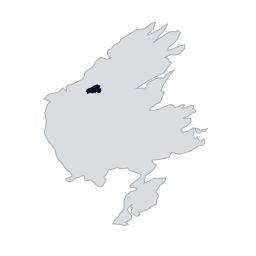 Clonmel Lea-6, South Tipperary, Ireland (highlighted), rotated 161°
{"feature_id": "5873133B92234253465118", "entity_name": "Clonmel Lea-6", "entity_type": "district", "adm_level": 2, "iso_a3": "IRL", "parent_name": "Ireland", "parent_adm1": "South Tipperary", "projection": "robinson", "projection_center": [-7.699, 52.42], "detail": "fine", "context": "in_parent", "style": "filled", "palette": "ink", "viewbox_px": 256, "rotation_deg": 161, "n_neighbors": 0, "source": "geoboundaries", "source_scale": "gbopen_adm2", "svg_char_len": 6048}
<svg xmlns="http://www.w3.org/2000/svg" viewBox="0 0 256 256"><g transform="rotate(161 128 128)"><path d="M164.5,49.2L158.8,52.2L157.9,53.3L156.3,57.9L156.1,59.2L152.5,64.3L150.5,65.4L147.4,66.2L145.7,67.0L143.5,66.6L140.8,66.7L139.4,67.6L139.5,68.3L140.3,69.1L145.4,71.5L145.1,72.5L143.7,73.6L134.5,76.4L131.8,78.0L130.9,79.1L131.8,81.0L139.1,86.5L140.3,87.1L141.4,90.3L147.8,91.7L150.5,93.7L152.8,94.2L157.7,94.0L159.7,94.8L160.8,94.2L161.4,93.1L166.9,89.2L165.2,86.3L170.8,81.3L172.3,81.3L174.9,82.9L177.1,85.0L177.8,87.8L179.8,90.4L181.1,91.3L184.7,91.8L185.5,92.8L184.9,96.5L185.5,97.7L194.5,97.6L198.1,96.0L201.2,96.3L202.8,98.0L203.5,99.7L200.8,100.3L198.0,99.9L196.6,101.1L196.5,103.2L197.5,106.0L199.4,108.0L201.0,112.4L202.3,117.4L204.2,120.3L204.7,124.0L204.4,125.9L204.8,129.1L204.0,130.3L204.6,133.3L208.0,143.2L208.7,150.9L207.1,153.8L205.0,156.6L203.6,159.8L202.5,163.4L201.9,169.0L197.2,175.7L195.2,177.3L192.9,178.3L198.0,183.0L193.9,185.0L189.3,185.7L184.2,184.5L181.1,184.7L177.1,187.1L176.2,186.6L174.3,182.8L172.9,186.8L170.0,188.0L165.0,187.7L156.7,188.8L153.5,189.9L152.1,191.7L151.2,193.7L149.9,194.9L148.4,195.5L141.9,197.0L140.7,197.6L137.7,200.9L133.8,202.8L130.5,203.3L127.6,201.4L126.5,200.3L125.1,199.7L120.7,199.8L122.1,200.4L123.0,201.7L123.4,204.3L122.9,206.8L120.7,208.1L118.1,208.4L114.0,211.0L108.5,211.7L105.6,214.1L87.5,218.2L86.5,218.2L84.0,217.2L81.4,216.7L78.7,217.0L71.1,219.3L67.4,218.9L72.2,213.2L78.5,210.4L79.1,209.6L77.1,209.2L65.2,211.2L61.0,212.9L56.9,213.4L58.8,210.8L64.2,207.2L68.8,204.9L70.8,202.8L76.5,200.5L58.4,205.3L53.6,204.7L52.5,203.4L48.8,204.0L47.5,200.7L53.0,195.8L56.2,193.6L60.0,192.5L63.7,190.8L65.1,188.8L63.4,188.1L52.5,188.7L47.3,188.2L47.6,186.6L48.6,184.8L54.0,181.8L56.9,181.3L59.5,181.6L64.1,183.4L70.3,182.8L67.7,180.9L67.3,176.9L65.4,175.6L67.9,173.7L70.8,172.6L75.6,168.8L77.3,168.3L86.8,167.3L96.9,165.3L107.0,162.6L101.9,161.1L99.4,159.0L95.4,163.1L92.5,164.7L84.4,165.5L81.9,165.1L78.3,163.8L77.2,164.3L76.1,165.3L70.7,167.3L65.1,167.8L71.7,164.1L80.1,157.8L81.9,155.8L84.6,152.4L83.8,150.9L82.1,150.0L88.2,142.9L90.3,141.6L94.1,141.4L97.0,140.3L98.2,140.3L99.3,139.9L101.8,137.8L98.0,136.4L94.1,135.7L81.9,136.5L80.3,136.3L78.8,135.7L77.9,134.7L77.2,132.3L76.3,131.8L73.5,131.8L70.8,132.5L68.9,132.4L67.1,131.4L70.1,128.9L66.3,128.4L62.4,128.8L59.2,128.1L59.1,126.6L60.6,125.0L58.7,123.6L58.4,121.7L60.4,120.8L62.6,121.1L67.2,119.7L72.9,119.1L68.0,117.7L66.0,116.6L66.0,114.8L66.4,113.3L72.2,110.7L78.3,109.6L77.8,107.9L78.3,106.1L72.1,105.6L66.0,106.9L66.7,103.4L68.2,100.3L68.5,98.2L68.3,96.0L65.4,96.9L65.1,93.8L63.9,91.7L59.7,93.1L59.8,90.3L61.1,88.3L63.3,87.5L65.5,87.9L69.5,87.8L73.5,86.3L79.1,86.0L88.1,86.4L94.3,90.6L95.9,89.9L98.4,87.2L99.5,86.9L108.9,88.1L114.7,89.6L116.2,89.1L115.4,86.2L113.4,84.1L115.9,81.5L119.0,79.7L121.0,78.8L125.7,77.7L127.8,76.6L129.1,73.2L131.3,70.3L119.5,71.8L108.4,68.4L110.2,66.0L112.5,64.7L116.6,63.6L117.0,62.4L119.1,61.3L122.5,58.6L121.2,55.1L121.9,52.5L124.4,50.8L125.1,48.5L126.2,46.7L131.2,46.1L136.0,44.5L143.3,44.3L145.2,44.9L144.8,42.1L148.3,41.7L149.6,42.3L150.2,44.3L151.8,45.6L152.3,47.8L151.2,49.6L149.5,50.9L151.1,52.3L148.6,54.8L151.3,53.7L155.1,51.3L154.9,49.3L154.2,46.8L153.2,44.5L153.7,42.1L155.8,40.5L161.5,39.7L159.2,36.9L161.2,36.7L163.5,37.3L166.8,39.4L173.8,42.5L170.4,45.3L166.2,47.1L164.5,49.2ZM64.8,104.6L64.6,105.9L61.9,104.2L60.6,102.4L53.2,101.5L56.3,99.7L57.9,100.2L63.1,100.3L64.6,101.1L64.8,104.6Z" fill="#d9dde1" stroke="#a8b0b8" stroke-width="1"/><path d="M141.6,173.4L141.5,173.5L141.4,173.7L141.5,173.7L141.6,173.8L142.0,173.9L142.3,173.8L142.4,174.0L142.5,174.3L142.7,174.6L142.7,174.8L142.8,175.0L143.0,175.1L143.0,175.3L143.0,175.5L142.9,175.6L142.7,175.6L142.6,175.8L142.4,175.9L142.1,175.9L142.0,176.0L141.9,176.2L141.8,176.3L141.7,176.4L141.7,176.5L141.4,176.7L141.4,176.8L141.3,177.0L141.5,177.1L141.5,176.9L141.8,176.9L141.8,177.0L142.0,177.1L142.4,177.2L142.5,177.2L142.4,177.1L142.7,177.0L143.0,177.0L143.1,176.9L143.1,177.0L143.1,177.3L142.9,177.4L142.7,177.5L142.8,177.7L142.8,177.8L142.8,178.0L143.2,178.0L143.3,178.1L143.3,178.3L143.5,178.2L143.4,178.2L143.5,178.2L143.6,178.3L143.8,178.3L143.8,178.5L144.1,178.4L144.3,178.4L144.5,178.5L144.8,178.5L145.0,178.5L145.4,178.5L145.6,178.4L145.7,178.2L145.9,178.2L146.1,178.1L146.4,178.1L146.5,178.3L146.7,178.2L146.7,178.3L146.8,178.3L146.9,178.2L147.1,178.2L147.4,178.1L147.5,178.1L147.8,178.0L148.0,178.0L148.1,177.9L148.4,177.7L148.6,177.7L148.8,177.8L149.0,177.8L149.2,177.7L149.4,177.7L149.6,177.7L149.9,177.6L150.0,177.5L150.3,177.5L150.5,177.5L150.9,177.4L151.2,177.5L151.5,177.6L151.8,177.7L152.1,177.7L152.4,177.6L152.5,177.5L152.8,177.6L153.2,177.6L153.3,177.6L153.5,177.6L153.6,177.4L153.9,177.4L154.0,177.3L154.2,177.2L154.1,176.9L154.0,176.7L154.3,176.8L154.3,176.7L154.5,176.6L154.6,176.4L154.6,176.2L154.8,176.1L154.7,176.0L154.7,175.9L154.6,175.7L154.6,175.2L154.4,174.9L154.5,174.9L154.6,174.7L154.6,174.3L154.4,174.4L154.1,174.4L153.8,174.4L153.6,174.4L153.4,174.3L153.2,174.4L152.4,174.4L152.1,174.4L151.8,174.1L151.6,174.1L151.2,174.3L151.1,174.0L150.9,173.9L150.8,173.6L150.7,173.5L150.7,173.4L150.4,173.3L150.3,173.2L150.2,173.1L149.9,173.1L149.9,172.9L150.0,172.9L149.9,172.9L149.9,173.0L149.5,173.0L149.4,173.0L149.2,173.1L148.9,173.1L148.7,173.1L148.8,173.2L148.7,173.3L148.8,173.5L148.7,173.7L148.4,173.7L148.4,173.4L148.1,173.3L147.9,173.5L147.8,173.4L147.8,173.5L147.7,173.4L147.4,173.4L147.1,173.4L146.9,173.3L146.7,173.4L146.8,173.3L146.6,173.3L146.6,173.2L146.5,173.3L146.4,173.3L146.2,173.3L145.9,173.3L145.9,173.2L146.0,173.2L145.9,173.2L146.0,173.1L145.8,173.1L145.7,173.0L145.4,173.0L145.2,172.9L144.9,172.8L144.9,172.7L144.8,172.4L144.7,172.3L144.7,172.2L144.5,171.6L143.5,171.6L143.5,171.4L143.8,171.4L143.8,171.1L143.5,171.1L143.4,171.1L143.2,171.1L142.9,171.2L142.8,171.3L142.8,171.5L142.8,171.8L142.7,171.9L142.3,171.9L142.3,172.0L142.2,172.2L142.2,172.3L141.9,172.3L141.7,172.3L141.6,172.5L141.6,172.8L141.6,173.0L141.6,173.4Z" fill="#0f172a" stroke="#020617" stroke-width="1.5"/></g></svg>